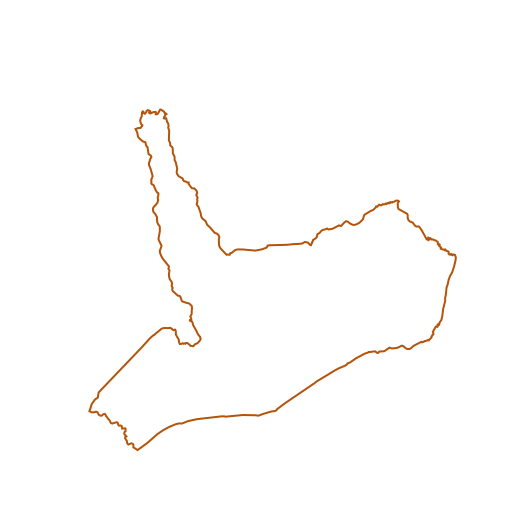 Viqueque, Viqueque, East Timor (Robinson projection), rotated 348°
{"feature_id": "22284137B80785204174249", "entity_name": "Viqueque", "entity_type": "district", "adm_level": 2, "iso_a3": "TLS", "parent_name": "East Timor", "parent_adm1": "Viqueque", "projection": "robinson", "projection_center": [126.369, -8.837], "detail": "fine", "context": "isolated", "style": "outline", "palette": "amber", "viewbox_px": 512, "rotation_deg": 348, "n_neighbors": 0, "source": "geoboundaries", "source_scale": "gbopen_adm2", "svg_char_len": 6069}
<svg xmlns="http://www.w3.org/2000/svg" viewBox="0 0 512 512"><g transform="rotate(348 256 256)"><path d="M99.8,421.2L110.8,416.3L122.6,409.7L129.2,407.0L135.7,405.1L142.9,403.8L146.2,403.8L148.8,404.5L155.0,403.4L164.0,403.3L189.2,405.7L191.6,406.2L192.6,406.8L210.0,408.8L222.1,411.6L225.3,412.7L230.6,411.9L238.5,411.3L242.6,411.6L243.9,411.1L244.8,410.2L253.4,406.2L287.6,392.2L288.7,391.5L309.4,384.3L313.9,383.0L320.3,381.8L322.3,381.1L323.1,380.1L325.6,379.8L332.4,376.9L341.7,374.2L345.6,373.7L346.2,373.3L347.0,373.6L351.8,373.9L352.9,374.2L354.4,376.0L355.2,376.2L356.7,375.1L361.7,375.8L367.5,373.4L369.7,374.7L374.1,375.2L376.4,375.0L379.9,374.0L381.2,374.7L383.6,377.7L384.8,378.4L386.7,378.9L388.1,378.6L391.6,376.6L398.8,374.6L400.2,374.4L400.4,374.9L401.1,375.0L403.5,374.3L403.7,374.5L407.0,374.0L406.9,374.3L407.3,374.4L407.4,373.9L408.1,374.0L410.0,372.7L411.0,371.8L410.9,371.2L411.4,370.7L412.3,370.2L412.4,369.6L413.3,369.3L413.5,367.9L413.2,367.0L416.3,363.4L417.3,362.5L418.8,363.0L419.4,361.9L419.1,361.3L419.3,360.8L419.7,360.7L420.2,361.4L420.7,361.4L421.2,360.8L421.5,359.5L424.1,357.0L425.8,353.4L428.0,346.8L431.8,339.1L432.1,336.9L433.8,332.9L435.8,326.5L437.5,323.8L439.5,319.3L442.1,315.3L443.3,314.2L445.0,311.9L447.6,307.4L450.2,301.9L451.2,298.9L450.8,296.2L449.1,295.4L448.7,295.6L448.5,296.1L448.0,296.0L447.4,294.7L446.9,294.6L446.1,295.1L445.2,294.5L444.9,293.6L445.3,292.3L445.2,291.7L443.1,290.3L442.6,289.2L442.0,289.6L441.3,288.7L440.5,288.7L438.2,287.3L438.8,286.2L438.1,285.4L437.8,284.4L437.3,284.4L437.2,283.8L438.0,283.0L437.7,282.6L436.4,282.3L436.7,280.1L435.2,278.4L432.0,276.4L431.1,276.4L430.3,274.8L429.2,274.8L429.0,275.7L428.5,276.1L428.4,275.6L428.7,274.6L428.6,274.0L428.3,273.8L427.2,275.7L426.4,275.2L423.3,264.9L421.7,261.3L421.2,260.9L419.2,260.6L418.1,259.8L416.1,255.7L413.9,254.4L412.6,252.7L412.3,250.4L412.9,247.2L412.7,246.2L405.2,239.7L404.9,237.7L405.5,234.3L405.8,233.7L407.2,232.3L406.5,231.5L404.8,230.9L402.3,231.6L400.6,231.6L400.1,232.0L399.2,231.3L398.5,231.2L397.8,232.2L396.8,232.0L396.5,231.6L396.1,231.9L395.4,231.6L394.6,232.3L393.7,231.7L393.1,232.2L390.9,232.0L390.8,231.7L388.8,232.5L387.1,231.4L384.9,233.0L383.9,232.5L383.1,233.5L380.0,235.4L378.2,235.6L371.4,237.9L370.1,238.8L368.2,242.4L364.1,245.0L360.5,246.0L358.3,246.0L356.8,245.4L354.8,243.8L352.9,241.5L351.4,240.7L349.3,241.6L345.4,244.4L343.6,243.3L336.4,245.3L332.4,245.1L331.4,244.0L328.4,244.4L326.9,244.3L324.8,245.2L323.0,246.7L320.7,247.3L319.4,250.1L318.3,251.0L315.0,252.3L314.5,253.6L313.6,254.3L313.6,255.0L312.4,255.9L312.0,256.8L311.3,256.5L309.6,253.8L307.5,252.7L306.4,252.5L304.3,253.3L302.1,253.3L294.6,252.1L288.7,251.5L271.4,248.3L269.5,248.2L269.3,248.8L268.0,250.0L263.3,250.7L256.5,250.6L244.2,246.8L239.7,245.8L238.2,245.7L236.3,246.1L232.9,247.9L231.4,248.0L230.6,249.3L228.3,248.6L227.5,248.7L223.1,241.6L222.2,239.1L222.2,237.1L223.0,232.4L224.0,230.1L223.7,227.8L222.6,226.1L220.5,224.8L219.4,223.0L217.0,218.5L214.8,215.4L213.9,211.3L211.4,208.3L210.9,207.0L210.6,205.5L210.8,202.6L209.9,195.8L208.7,193.4L210.2,189.7L210.2,188.3L211.0,186.8L210.3,183.8L211.6,182.1L211.6,180.6L210.9,178.9L209.8,177.1L208.0,176.7L207.1,176.0L205.2,171.9L205.4,170.1L204.1,169.9L203.4,169.0L201.2,167.8L200.4,166.4L200.4,164.9L197.0,162.0L195.9,159.3L195.8,157.5L197.1,154.1L197.0,147.6L196.3,145.4L197.0,141.9L196.0,138.3L196.9,133.5L196.6,132.0L195.1,130.0L195.5,127.6L194.8,124.8L197.1,115.5L196.8,112.0L197.5,110.9L197.7,108.1L197.0,106.6L196.7,102.6L195.0,102.5L194.5,102.1L195.0,101.0L196.1,100.1L196.6,98.8L197.9,98.6L197.9,98.2L196.5,97.2L195.9,95.5L193.3,92.9L192.8,92.8L192.4,93.1L190.5,95.4L189.0,96.7L187.6,96.7L187.3,96.4L187.9,94.8L187.8,94.2L185.9,93.9L182.2,94.6L181.8,94.4L181.2,93.6L181.5,93.2L182.3,93.2L182.7,92.5L181.7,91.5L180.3,90.8L179.3,91.4L177.5,93.5L176.8,93.7L175.8,92.8L175.9,91.6L175.6,91.1L175.2,91.0L174.4,91.9L173.1,96.0L172.1,97.0L170.8,99.5L170.9,102.1L171.3,103.5L172.1,104.5L171.8,105.0L169.7,106.7L167.3,106.4L164.6,106.7L165.5,110.8L165.4,114.7L165.9,116.0L169.0,120.3L171.5,121.8L171.4,124.6L171.9,126.2L172.5,126.9L172.1,133.9L174.1,136.1L174.3,137.4L173.0,138.8L170.5,143.1L170.3,144.8L171.1,149.6L171.5,156.5L169.3,159.8L169.2,161.7L168.7,162.7L168.9,164.0L170.3,165.1L170.7,165.9L171.6,170.9L172.6,173.5L173.4,174.1L173.5,174.9L172.8,177.1L172.0,178.3L171.9,180.9L171.2,182.3L170.6,183.4L169.2,184.7L166.0,186.9L165.2,188.0L164.8,189.6L164.8,191.5L166.2,194.0L167.2,197.4L166.6,200.3L166.5,202.8L166.9,204.6L167.9,206.8L167.9,207.9L167.1,211.8L164.2,218.9L164.2,220.1L165.7,226.3L165.4,227.2L162.9,231.0L162.8,233.3L163.3,236.2L164.4,239.6L168.7,248.1L167.7,250.4L168.4,252.3L167.0,255.6L166.7,258.0L166.8,260.6L168.0,263.6L168.3,265.4L167.4,267.1L167.3,268.0L167.8,270.0L167.0,271.1L167.4,273.2L171.3,278.5L172.9,279.2L173.5,279.9L174.2,284.9L178.1,287.3L180.7,288.5L182.7,291.4L182.7,293.5L181.8,296.0L181.0,299.4L179.2,301.5L179.6,303.5L179.5,305.0L178.1,304.9L177.9,305.4L178.8,306.3L179.2,306.3L180.0,307.4L180.2,310.7L182.2,317.1L182.9,320.4L184.5,323.5L184.6,325.6L183.5,327.1L181.3,328.7L180.5,329.2L178.1,329.6L175.9,331.2L173.2,330.2L172.5,328.9L170.7,326.8L169.2,326.6L168.7,327.1L167.9,326.6L167.0,326.8L166.3,326.1L164.3,326.5L163.3,326.3L162.8,324.6L163.0,321.7L161.3,316.2L161.9,312.8L161.8,311.8L161.4,311.1L159.8,311.4L157.4,308.5L154.6,308.2L152.3,307.5L149.5,307.3L148.4,307.6L141.7,311.0L140.3,312.0L138.9,312.3L135.2,314.4L125.7,321.3L73.9,356.6L73.6,356.9L71.8,361.7L68.8,362.8L64.5,366.7L62.5,370.4L60.8,373.1L62.8,374.8L65.1,375.2L67.1,375.0L67.6,375.3L68.5,376.0L69.1,378.3L69.6,379.0L71.1,380.1L72.1,380.0L73.8,379.0L75.2,379.0L75.9,380.3L76.0,381.3L79.0,387.3L79.0,388.2L79.4,389.3L80.7,390.0L84.9,389.6L85.7,389.9L86.1,390.6L86.1,392.2L86.6,393.4L88.4,393.7L89.2,394.2L89.2,397.0L92.3,397.4L92.5,398.3L91.8,400.4L90.8,400.8L90.2,402.3L90.3,403.1L91.7,405.5L90.4,406.0L90.1,407.2L91.2,410.0L91.1,411.9L91.4,413.3L92.2,413.9L95.1,413.3L96.4,414.1L96.8,415.1L96.3,417.6L99.8,421.2Z" fill="none" stroke="#b45309" stroke-width="2"/></g></svg>